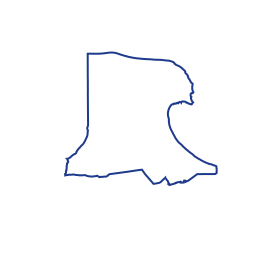 Sechura, Piura, Peru, rotated 149°
{"feature_id": "86281439B13089313750619", "entity_name": "Sechura", "entity_type": "district", "adm_level": 2, "iso_a3": "PER", "parent_name": "Peru", "parent_adm1": "Piura", "projection": "natural_earth1", "projection_center": [-80.698, -5.861], "detail": "fine", "context": "isolated", "style": "outline", "palette": "blue", "viewbox_px": 256, "rotation_deg": 149, "n_neighbors": 0, "source": "geoboundaries", "source_scale": "gbopen_adm2", "svg_char_len": 5502}
<svg xmlns="http://www.w3.org/2000/svg" viewBox="0 0 256 256"><g transform="rotate(149 128 128)"><path d="M200.6,117.1L198.8,116.3L198.2,115.9L197.8,115.4L196.7,114.5L196.1,114.1L195.5,113.6L194.3,112.8L193.7,112.1L193.0,111.9L192.7,111.8L192.4,111.5L192.1,111.3L189.6,110.0L189.2,109.7L188.4,109.1L188.2,108.7L187.8,108.0L186.6,106.9L186.4,106.7L185.3,106.0L184.8,105.5L184.1,105.0L183.6,104.7L183.0,104.6L182.8,104.5L182.1,104.1L180.5,103.4L180.1,103.2L179.3,103.1L179.1,103.0L178.9,102.8L178.8,102.6L177.9,100.8L177.8,100.6L177.6,100.4L176.8,100.3L176.3,100.0L176.0,99.8L175.5,99.5L173.7,98.7L172.6,98.1L171.8,97.6L171.0,97.6L170.5,97.5L170.1,97.5L169.3,97.8L168.4,97.8L167.8,98.0L149.9,90.3L142.1,87.1L137.5,85.1L137.1,79.6L134.9,67.0L132.8,66.1L129.4,64.9L128.0,64.8L121.7,66.2L121.8,66.0L121.5,64.3L121.5,63.3L121.4,62.6L121.2,62.0L121.2,61.8L121.5,60.6L121.5,59.9L121.4,59.4L122.2,59.2L121.9,58.7L121.9,57.8L120.5,57.4L116.0,56.2L115.3,56.1L115.3,56.4L114.3,56.2L110.9,55.0L111.1,54.7L110.5,54.5L110.6,53.7L110.1,53.6L109.5,53.3L109.3,53.1L108.5,52.6L108.4,52.8L108.4,53.0L107.7,53.3L107.6,53.6L107.3,53.7L106.9,54.0L106.7,53.8L106.4,53.6L106.1,53.5L106.0,53.4L105.9,53.2L106.0,53.1L106.4,53.2L106.5,52.2L103.6,51.8L92.4,52.8L76.9,43.6L76.7,43.6L75.1,43.9L73.0,47.4L72.9,47.7L72.0,49.8L72.6,50.6L73.2,51.4L73.8,52.0L74.6,53.0L74.9,53.6L75.1,53.8L75.5,54.1L76.3,54.9L76.9,55.3L77.1,55.6L77.2,55.9L77.5,56.3L77.9,56.7L78.3,57.2L78.6,57.6L79.9,59.4L80.2,60.0L80.5,60.3L81.1,61.3L81.5,62.1L82.1,63.0L82.2,63.3L82.7,64.3L83.3,65.1L83.5,65.4L83.7,65.9L84.0,66.7L84.7,67.8L85.7,70.2L85.7,70.4L85.9,71.2L86.3,72.5L86.4,72.8L86.5,73.0L87.0,74.0L87.7,75.8L88.0,76.5L88.1,77.0L88.5,77.9L88.5,78.2L88.7,78.5L88.9,79.3L89.0,79.7L89.3,80.1L89.6,81.3L89.7,81.9L90.0,82.7L90.2,83.2L90.4,84.6L90.7,85.8L90.8,86.3L91.1,86.9L91.3,87.7L91.6,88.6L91.8,89.0L92.0,90.0L92.1,90.4L92.2,91.0L92.3,92.5L92.4,93.5L92.5,94.2L92.5,95.3L92.4,96.1L92.4,96.6L92.3,98.0L92.3,99.7L92.2,100.7L92.1,101.1L92.1,101.8L92.0,104.1L91.7,106.3L91.4,107.4L91.3,107.8L91.1,108.9L90.9,109.6L89.7,112.2L89.6,112.7L89.4,112.8L89.1,113.3L89.0,113.6L88.7,113.9L88.7,114.1L88.0,115.6L87.6,117.5L87.2,118.3L86.9,118.9L86.6,119.5L86.3,119.9L85.9,120.5L85.5,120.9L85.0,121.6L83.9,122.7L83.5,122.9L82.9,123.5L82.0,124.1L81.1,124.5L80.1,125.1L79.2,125.4L78.9,125.5L77.7,125.5L77.0,125.3L76.8,125.2L76.7,125.0L76.3,125.1L76.0,125.2L75.7,125.2L75.4,125.1L75.4,124.9L75.3,124.7L74.9,124.5L74.5,124.2L73.5,124.3L73.0,124.3L72.7,124.2L72.5,123.9L72.5,123.5L72.3,123.3L70.9,123.8L70.5,123.8L70.4,123.7L70.0,123.2L69.7,123.2L69.3,122.9L69.2,122.8L69.2,122.5L68.8,122.9L68.0,122.9L67.7,122.8L67.4,122.6L66.7,122.0L66.3,121.8L66.0,121.6L65.1,120.7L65.0,120.4L65.0,119.9L64.9,119.6L64.7,119.5L64.4,119.4L63.8,118.4L63.2,117.3L63.1,117.2L62.9,117.2L62.8,116.8L61.9,116.0L61.6,115.9L61.5,115.6L61.4,115.5L61.1,115.5L60.9,115.6L60.7,115.9L60.4,115.9L60.3,116.0L60.1,116.0L59.7,116.2L59.6,116.3L59.5,116.5L59.3,116.5L59.2,116.5L59.3,116.8L59.1,117.0L59.1,117.4L59.2,117.9L59.3,118.5L59.3,118.9L59.0,119.7L59.0,120.5L58.6,121.3L58.3,121.7L58.1,121.7L58.0,121.8L57.8,121.9L58.0,122.2L57.8,122.9L57.7,123.4L57.2,124.2L56.9,124.7L56.5,125.0L55.9,125.2L55.6,125.2L55.2,124.7L54.6,124.6L54.3,124.8L53.7,124.9L53.5,125.0L53.6,125.4L53.4,126.7L53.0,127.6L52.9,128.3L52.8,128.5L52.1,129.6L51.4,130.7L51.1,131.1L50.7,131.4L49.8,132.7L50.0,133.2L50.4,134.2L50.5,135.0L50.4,135.6L50.5,135.9L50.4,136.3L50.3,137.0L50.3,138.0L50.4,138.3L50.4,138.8L50.5,139.6L50.5,140.1L50.3,140.6L50.0,141.0L50.1,141.8L49.9,142.1L49.8,142.3L49.9,143.4L50.4,145.2L50.4,146.0L50.1,146.5L49.9,146.7L49.9,147.1L49.8,147.5L49.9,147.8L50.5,150.1L50.7,150.5L50.8,150.9L51.2,152.3L51.6,153.2L52.0,154.0L52.6,155.1L53.3,156.0L54.1,157.1L54.4,157.5L54.4,158.1L54.9,158.9L55.0,159.2L55.0,159.4L54.8,159.7L54.8,160.0L55.0,160.3L55.2,161.2L56.0,162.2L56.3,162.5L56.5,162.8L57.2,163.6L58.1,164.5L59.1,165.2L59.6,165.6L60.6,166.3L61.3,166.9L61.8,167.2L62.6,167.8L63.2,168.4L63.9,168.9L66.0,170.3L70.1,172.9L70.8,173.4L71.1,173.7L72.9,175.0L76.4,177.3L79.7,179.6L82.1,181.4L83.0,182.1L83.5,182.4L86.2,184.5L88.7,186.7L90.0,187.9L90.3,188.1L91.0,188.8L91.8,189.7L92.8,190.7L94.7,192.7L96.3,194.5L97.5,195.9L97.8,196.3L99.1,197.8L100.6,199.3L102.0,200.3L103.2,201.2L105.8,202.5L107.6,203.3L110.0,204.3L112.5,205.5L115.6,207.2L118.8,209.1L122.8,211.6L124.3,212.4L134.1,196.0L135.9,193.0L137.9,189.5L142.0,182.7L142.9,181.1L145.2,177.4L148.1,172.4L149.2,170.6L160.1,152.1L161.0,150.7L161.2,150.4L161.9,150.0L163.1,148.8L163.2,148.6L163.4,147.9L163.6,146.7L163.8,146.2L164.5,145.5L165.1,144.7L166.0,143.3L167.0,142.2L167.9,141.5L169.3,140.6L169.8,140.2L172.1,138.7L174.0,137.7L175.3,137.2L177.3,136.8L179.3,136.1L180.9,135.7L182.7,135.0L183.6,134.6L184.5,134.1L185.0,133.5L185.4,133.2L185.8,133.1L186.3,133.1L187.7,133.2L188.9,133.2L190.0,133.1L192.4,132.6L193.7,132.5L195.1,132.5L196.1,133.0L196.0,132.5L196.1,132.0L196.4,131.0L196.4,130.5L196.5,130.2L196.6,129.8L196.8,129.7L197.4,129.6L197.7,129.2L197.9,129.1L198.1,129.1L198.5,129.1L198.8,128.6L199.0,128.2L199.3,127.9L199.9,127.4L200.1,126.8L200.2,126.7L200.4,126.6L200.5,126.5L200.7,126.2L201.0,125.5L201.3,125.1L201.5,124.8L201.8,124.6L202.2,123.9L202.4,123.6L202.8,123.6L202.9,123.2L203.0,123.1L203.8,122.4L204.0,121.9L204.4,121.4L204.8,121.2L205.2,121.2L205.5,121.0L205.5,120.8L205.8,120.6L205.8,120.3L206.2,119.7L204.7,119.2L203.9,118.8L203.0,118.4L202.6,118.4L202.4,118.3L201.2,117.4L200.6,117.1Z" fill="none" stroke="#1e3a8a" stroke-width="2"/></g></svg>